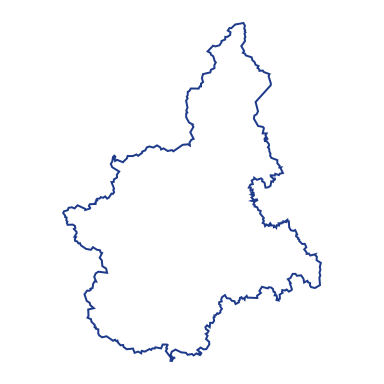 Piemonte, Turin, Italy
{"feature_id": "23120603B83257595874769", "entity_name": "Piemonte", "entity_type": "district", "adm_level": 2, "iso_a3": "ITA", "parent_name": "Italy", "parent_adm1": "Turin", "projection": "orthographic", "projection_center": [8.079, 45.262], "detail": "fine", "context": "isolated", "style": "outline", "palette": "blue", "viewbox_px": 384, "rotation_deg": 0, "n_neighbors": 0, "source": "geoboundaries", "source_scale": "gbopen_adm2", "svg_char_len": 5985}
<svg xmlns="http://www.w3.org/2000/svg" viewBox="0 0 384 384"><path d="M269.5,74.1L263.9,72.1L262.9,70.6L259.4,70.8L259.2,69.3L257.5,67.9L258.5,66.1L255.6,64.8L254.6,62.1L252.4,60.2L251.6,57.3L245.8,55.4L244.9,53.6L242.9,52.8L244.1,50.9L241.3,46.1L245.0,41.1L244.6,38.3L245.4,37.0L244.5,33.6L245.5,32.3L244.7,31.1L245.2,30.1L244.2,28.6L244.9,25.6L243.4,23.0L235.2,24.5L231.3,28.2L229.5,28.0L227.8,30.6L230.5,32.2L230.1,35.0L227.3,36.9L225.3,36.9L225.2,39.5L221.5,41.0L221.4,42.4L219.5,45.3L215.4,46.4L213.1,45.7L207.6,51.4L210.5,53.0L211.0,54.7L213.3,56.3L214.7,61.1L215.8,62.4L214.4,65.0L214.4,68.2L210.9,69.8L210.3,72.4L203.0,74.1L201.9,78.3L203.1,82.0L201.0,83.6L201.0,86.4L199.8,86.4L198.6,88.6L190.8,88.5L189.3,91.1L187.8,91.8L187.7,95.1L186.8,96.8L187.6,98.4L186.1,100.7L187.5,107.5L186.3,110.6L187.3,112.6L186.2,113.4L186.2,117.3L189.1,122.6L192.9,124.5L192.5,125.4L193.4,126.9L190.3,132.3L193.6,138.9L191.3,139.8L189.5,142.7L189.9,145.5L187.7,144.3L182.7,144.8L173.3,151.3L171.9,150.1L167.7,151.0L163.6,148.4L161.1,149.5L160.2,147.3L157.0,145.4L153.5,147.5L149.3,146.5L146.9,147.3L145.2,150.4L142.2,151.6L142.1,152.9L138.2,155.8L136.5,154.5L132.7,156.1L127.6,156.0L127.0,158.2L122.9,162.2L116.8,159.8L115.1,161.0L114.5,159.1L115.3,156.7L114.3,155.7L113.0,157.0L112.3,161.4L110.8,164.0L112.2,167.2L119.2,171.6L116.9,174.6L117.0,177.5L113.9,179.4L113.7,181.9L111.5,182.1L114.1,188.8L113.3,189.9L114.1,192.2L112.9,193.9L111.5,193.6L108.7,197.8L107.1,198.6L105.2,196.4L103.1,197.8L100.8,197.1L99.7,198.5L97.1,198.8L96.5,199.5L97.2,200.5L95.8,201.2L95.9,202.7L94.8,203.3L95.2,204.0L89.8,204.2L88.9,206.0L90.2,207.9L89.8,208.6L85.2,210.0L85.1,208.8L77.5,205.3L74.6,208.4L71.8,207.3L68.6,207.8L67.8,210.1L63.9,211.4L63.2,213.1L65.2,215.7L65.1,217.0L66.6,217.5L66.3,220.3L67.4,221.6L66.8,222.6L67.6,224.8L72.7,224.6L74.8,225.8L75.3,228.1L73.9,229.0L76.5,231.8L76.7,233.1L74.4,236.8L76.0,237.1L74.9,238.8L75.1,240.9L77.3,241.5L78.4,243.4L80.0,243.2L80.8,245.3L86.1,248.9L90.9,249.8L93.0,247.2L96.8,249.7L99.9,250.2L100.7,252.5L102.1,253.0L99.7,257.8L101.8,260.3L102.4,266.2L106.1,268.5L107.1,272.8L98.4,271.7L95.7,273.4L94.2,276.9L96.2,281.6L94.6,281.4L93.1,283.9L92.6,288.0L90.5,288.7L90.9,289.6L89.5,290.7L87.1,290.6L84.5,294.3L86.7,300.9L89.7,302.8L90.3,305.2L93.8,308.2L88.2,309.5L88.5,315.9L87.5,317.7L91.0,319.2L91.5,321.8L94.8,325.0L94.6,327.2L95.9,327.4L95.8,328.7L98.3,329.4L98.3,333.6L99.2,335.4L102.1,337.3L106.6,336.3L113.1,340.8L115.0,339.7L116.4,341.2L117.5,340.7L118.1,342.7L120.6,345.3L123.1,345.0L123.6,346.9L126.6,349.2L133.0,348.6L134.6,352.8L138.1,351.6L141.2,353.3L141.7,350.9L144.9,351.6L149.6,349.0L151.1,349.9L152.4,348.4L154.8,348.5L155.4,347.3L161.1,348.4L162.7,344.5L166.9,344.5L167.6,345.0L166.2,347.9L167.1,348.7L165.8,351.0L171.0,357.9L170.5,360.8L171.9,361.0L172.9,358.7L175.1,357.6L172.4,357.7L170.7,354.6L171.8,351.7L175.5,349.6L181.4,352.4L185.9,352.8L187.7,354.8L192.0,354.0L193.6,355.4L196.5,353.4L200.0,355.1L201.0,353.9L199.7,353.1L200.7,352.6L197.4,350.0L200.6,347.6L203.8,349.4L206.3,349.1L209.3,344.4L209.1,341.8L206.0,339.0L207.6,335.7L205.8,333.9L207.7,332.7L208.6,330.9L205.9,329.0L205.4,327.1L207.1,325.3L209.7,327.2L210.2,322.8L212.6,323.0L214.1,320.9L213.6,317.3L214.6,317.0L214.4,315.4L215.8,315.2L217.2,313.3L218.2,313.9L220.4,312.5L220.4,310.8L221.9,308.9L220.3,306.5L220.6,305.2L219.1,304.2L219.2,302.2L221.7,301.4L221.2,299.5L222.0,297.2L224.9,295.1L226.8,298.2L230.0,298.5L231.8,300.8L234.5,301.2L235.6,304.0L238.9,302.3L238.7,300.8L239.7,300.0L240.0,297.8L241.5,297.2L242.4,298.7L243.7,298.3L244.6,299.5L244.9,297.7L246.7,295.9L247.5,297.6L257.3,298.0L257.1,295.7L260.9,292.9L259.4,291.0L262.0,286.8L267.8,288.4L268.7,287.3L271.1,287.5L273.0,289.0L273.5,291.7L274.7,292.0L275.4,293.7L274.7,295.3L276.5,295.4L277.1,298.3L276.5,300.0L278.6,300.5L278.4,299.3L279.9,298.7L279.7,294.6L282.6,292.8L282.0,291.8L282.3,290.1L285.0,290.5L286.6,289.5L288.9,291.6L291.5,290.1L291.9,289.2L289.9,283.4L290.7,283.0L287.9,279.2L290.4,278.1L292.7,273.9L295.5,273.9L296.9,275.8L301.1,275.3L303.5,278.8L304.1,282.5L307.4,280.8L308.3,282.5L310.1,283.1L310.0,285.5L311.1,287.1L315.0,288.0L320.0,285.1L319.4,277.3L320.3,275.8L319.5,272.5L320.4,269.8L319.8,267.1L320.8,262.9L316.6,260.2L316.8,256.6L314.9,254.9L315.4,254.2L310.3,255.5L308.8,253.6L306.6,253.9L306.6,252.4L304.2,249.4L306.3,247.2L304.8,243.9L302.3,244.0L299.2,241.0L299.4,239.9L298.0,238.8L298.3,238.0L296.1,236.3L296.3,234.8L297.2,234.5L295.2,230.1L293.4,230.9L290.8,230.2L289.2,227.3L288.8,221.3L287.6,221.4L287.4,219.8L285.6,221.2L285.7,222.0L283.4,221.3L283.3,222.5L281.8,222.8L281.4,221.8L281.4,223.3L279.7,223.3L280.5,224.2L278.7,223.5L279.0,225.5L276.9,225.2L276.3,227.6L275.7,226.6L274.0,227.2L274.2,225.6L271.8,225.5L270.2,223.2L268.5,225.8L266.7,224.5L265.1,226.1L264.4,223.7L262.7,222.9L263.9,220.9L262.9,219.3L263.8,218.0L260.1,213.6L260.6,210.8L258.3,210.2L257.2,207.2L254.6,206.5L254.8,205.2L253.4,204.4L254.5,201.8L257.2,200.2L256.9,199.4L254.7,199.8L253.8,201.3L251.6,200.8L253.9,200.0L251.5,197.5L253.5,195.7L252.0,195.0L254.7,194.7L251.6,193.9L251.4,192.9L252.7,193.8L253.4,192.9L252.4,192.4L252.6,189.6L250.5,190.1L250.8,187.7L248.9,187.6L250.4,184.6L252.8,184.1L251.7,180.5L254.1,179.1L254.2,177.8L256.9,179.8L261.1,178.4L262.4,179.5L262.1,181.2L264.5,182.6L265.5,187.6L267.9,187.4L270.5,185.9L271.3,181.3L273.0,181.8L273.2,180.7L275.0,179.5L274.8,178.5L273.3,178.7L270.8,176.4L270.7,175.3L274.8,175.5L275.3,173.8L278.8,175.1L279.8,173.7L282.9,173.0L280.6,168.2L281.2,167.4L279.4,167.5L279.6,165.7L277.4,163.4L277.3,160.1L271.4,157.9L270.1,155.7L270.5,153.7L269.4,151.5L269.1,148.5L267.9,147.3L269.0,145.8L268.9,144.1L266.8,141.3L264.9,141.1L264.5,138.9L265.1,138.1L266.4,139.4L267.4,138.9L265.5,135.5L266.6,133.4L262.7,133.4L263.9,128.1L262.8,126.9L258.1,126.0L253.9,118.7L254.4,115.6L256.7,114.2L258.0,111.3L255.6,102.0L270.7,85.3L270.9,83.6L268.6,76.3L269.5,74.1ZM269.8,225.9L269.5,226.5L269.8,225.1L269.8,225.9Z" fill="none" stroke="#1e3a8a" stroke-width="2"/></svg>